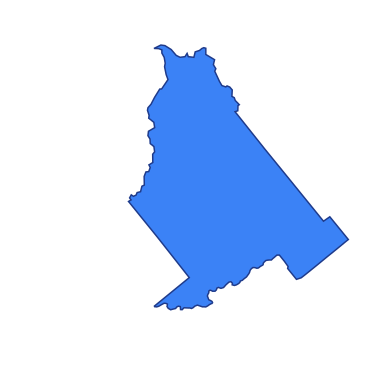 the district of Elmore, Idaho, United States of America, rotated 321°
{"feature_id": "52423323B11139746059105", "entity_name": "Elmore", "entity_type": "district", "adm_level": 2, "iso_a3": "USA", "parent_name": "United States of America", "parent_adm1": "Idaho", "projection": "equal_earth", "projection_center": [-115.613, 43.433], "detail": "fine", "context": "isolated", "style": "filled", "palette": "blue", "viewbox_px": 384, "rotation_deg": 321, "n_neighbors": 0, "source": "geoboundaries", "source_scale": "gbopen_adm2", "svg_char_len": 2416}
<svg xmlns="http://www.w3.org/2000/svg" viewBox="0 0 384 384"><g transform="rotate(321 192 192)"><path d="M290.1,86.7L286.9,86.7L282.7,85.1L278.2,88.5L274.3,84.5L275.4,81.2L271.7,82.4L267.5,79.8L265.7,75.9L265.5,68.2L263.1,61.2L260.3,58.2L252.8,56.5L256.4,59.7L258.0,62.6L256.0,65.1L255.1,69.9L252.2,75.1L249.5,77.4L245.8,84.5L244.1,89.5L233.3,92.8L231.7,91.7L222.5,94.9L215.4,98.0L210.8,98.8L208.8,100.5L206.9,105.4L204.8,107.4L206.2,113.8L203.5,118.5L196.4,117.4L193.2,120.5L192.7,124.4L190.0,128.1L191.0,132.7L188.2,137.3L185.2,137.9L180.1,144.4L175.6,143.8L174.9,146.7L171.2,148.9L168.8,147.4L164.6,149.8L159.3,156.6L156.7,156.0L152.2,159.4L149.0,157.9L146.6,159.2L143.8,158.5L143.0,156.0L139.8,157.3L139.7,159.8L136.7,159.4L136.7,205.5L136.0,256.8L91.0,257.0L90.8,257.6L92.3,259.1L94.3,259.9L97.1,260.3L100.3,260.9L101.6,262.1L102.4,263.6L101.6,264.4L100.5,265.3L100.3,267.5L101.3,270.1L103.2,270.9L105.9,272.2L108.2,271.8L109.6,272.2L110.8,273.7L109.8,275.2L109.1,276.2L110.4,277.3L111.5,277.1L113.0,277.0L115.8,279.5L117.4,280.8L118.3,282.2L120.1,282.6L122.4,282.5L125.0,283.3L126.7,286.0L127.9,287.9L129.0,288.7L130.4,290.0L132.5,290.4L134.5,290.5L136.4,290.8L137.3,291.2L138.3,291.0L138.7,289.7L138.2,288.2L137.2,286.2L137.8,284.7L138.5,282.5L139.8,281.6L141.6,280.9L142.7,279.6L144.0,279.6L144.7,280.2L145.6,282.1L147.5,283.6L149.4,283.4L150.8,282.4L152.4,282.7L153.9,285.1L156.4,286.1L158.3,285.8L160.0,285.5L162.0,285.4L164.0,285.3L165.8,286.2L166.0,288.3L164.8,289.4L166.1,291.3L168.0,292.1L170.6,292.5L172.2,292.4L173.6,291.6L175.5,292.3L177.9,292.2L180.9,292.3L183.1,291.7L184.6,291.3L186.1,290.7L187.8,289.5L189.5,289.0L191.7,289.0L193.4,290.4L194.2,291.8L195.4,292.7L196.9,292.9L198.1,292.8L199.7,293.1L201.1,293.3L201.6,293.2L202.1,292.6L202.9,292.1L203.8,291.9L206.2,291.7L207.8,292.5L209.3,293.5L210.9,294.8L212.8,294.6L215.0,294.6L216.9,294.5L218.3,294.5L220.2,296.0L220.2,303.9L219.8,310.4L218.2,311.6L218.2,323.7L218.2,325.6L222.9,327.4L228.3,327.5L235.5,327.5L244.0,327.5L256.0,327.4L269.9,327.4L280.2,327.3L283.6,327.3L283.5,298.0L275.8,297.4L275.7,239.5L275.6,204.4L276.0,156.7L278.7,157.7L282.1,153.8L283.7,153.9L283.2,148.1L284.2,145.3L283.2,142.8L287.5,138.0L287.4,134.2L286.0,131.6L284.4,131.6L282.2,128.1L282.9,123.5L285.7,112.4L288.1,111.2L288.7,106.6L290.4,105.2L292.8,103.4L289.3,93.8L293.2,89.0L292.0,87.3L290.1,86.7Z" fill="#3b82f6" stroke="#1e3a8a" stroke-width="1.5"/></g></svg>